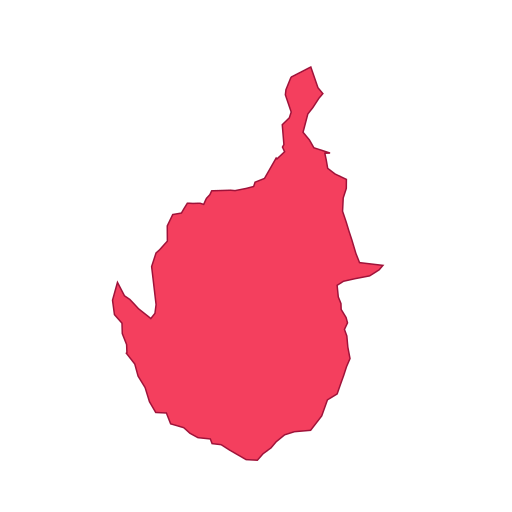 Kosi, Larnaca, Cyprus (Albers equal-area conic projection), rotated 18°
{"feature_id": "46923920B21687846185462", "entity_name": "Kosi", "entity_type": "district", "adm_level": 2, "iso_a3": "CYP", "parent_name": "Cyprus", "parent_adm1": "Larnaca", "projection": "albers", "projection_center": [33.514, 34.977], "detail": "fine", "context": "isolated", "style": "filled", "palette": "rose", "viewbox_px": 512, "rotation_deg": 18, "n_neighbors": 0, "source": "geoboundaries", "source_scale": "gbopen_adm2", "svg_char_len": 1744}
<svg xmlns="http://www.w3.org/2000/svg" viewBox="0 0 512 512"><g transform="rotate(18 256 256)"><path d="M167.1,269.3L165.6,272.6L162.4,279.9L160.0,284.0L160.0,298.3L174.7,330.3L176.0,333.1L176.7,336.9L177.6,341.7L177.5,342.1L176.1,345.8L175.3,348.0L174.9,347.8L162.0,343.0L160.4,342.4L154.6,339.1L149.4,336.3L143.2,334.5L143.1,334.4L142.4,333.7L132.4,323.9L133.2,342.4L139.5,355.5L149.3,361.3L152.8,371.1L160.3,380.2L163.1,387.8L162.7,388.5L174.1,396.2L181.0,406.7L191.2,415.4L199.7,427.5L209.0,435.8L219.3,433.0L226.7,442.0L240.3,441.6L242.9,442.7L247.9,445.0L256.9,446.7L269.1,444.1L272.2,448.0L281.2,446.2L291.1,448.8L309.5,452.7L320.4,449.8L323.8,441.9L328.5,435.3L329.5,434.0L332.6,426.4L338.5,417.2L346.9,411.2L361.8,404.9L367.9,387.8L368.4,370.7L375.8,362.1L376.0,352.0L376.3,342.6L376.3,333.1L377.1,324.5L371.5,314.3L367.1,304.0L362.8,298.5L363.7,291.3L360.7,286.7L353.5,280.5L351.5,275.0L346.9,269.5L342.2,258.8L347.0,253.0L357.3,246.9L370.2,239.8L377.4,231.1L379.3,226.4L379.6,225.7L356.5,230.3L350.2,222.7L342.2,211.1L336.7,203.6L331.4,196.0L324.5,186.7L321.0,173.8L321.0,163.8L318.3,155.2L305.9,153.6L297.1,150.5L293.2,143.1L289.7,137.0L294.6,135.2L277.6,135.2L270.9,129.1L262.5,123.8L261.4,104.9L264.2,97.3L267.1,86.5L269.4,80.9L269.2,80.8L262.9,76.8L249.7,59.3L234.4,74.7L234.0,75.9L233.1,88.6L234.1,93.6L245.0,108.2L245.0,114.3L240.4,123.0L248.1,141.4L247.5,144.2L251.0,148.0L245.9,157.2L244.9,156.6L240.1,179.6L232.3,186.1L232.3,190.6L225.9,194.7L215.9,200.3L211.5,201.3L193.7,207.7L193.2,211.9L191.1,216.4L190.8,218.2L190.3,223.1L186.6,223.1L184.2,223.9L179.8,225.5L176.7,226.3L174.4,227.0L172.9,233.1L171.8,238.2L164.0,242.3L162.3,254.8L167.1,269.2L167.1,269.3Z" fill="#f43f5e" stroke="#9f1239" stroke-width="1.5"/></g></svg>